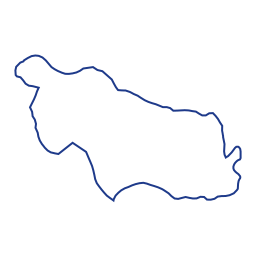 Al Miftah, Hajjah, Yemen (Natural Earth projection)
{"feature_id": "15242507B45600422396945", "entity_name": "Al Miftah", "entity_type": "district", "adm_level": 2, "iso_a3": "YEM", "parent_name": "Yemen", "parent_adm1": "Hajjah", "projection": "natural_earth1", "projection_center": [43.522, 15.962], "detail": "fine", "context": "isolated", "style": "outline", "palette": "blue", "viewbox_px": 256, "rotation_deg": 0, "n_neighbors": 0, "source": "geoboundaries", "source_scale": "gbopen_adm2", "svg_char_len": 2469}
<svg xmlns="http://www.w3.org/2000/svg" viewBox="0 0 256 256"><path d="M170.9,108.7L170.2,108.1L166.7,107.1L162.8,107.1L159.2,105.6L155.7,104.2L152.2,103.2L148.4,101.9L144.7,100.2L141.0,97.9L139.6,97.0L137.7,95.7L133.7,94.0L132.1,93.1L130.0,92.0L125.6,90.5L122.0,90.4L118.1,90.1L117.3,89.1L115.8,87.0L113.8,83.4L111.8,79.5L102.4,71.2L97.4,70.0L93.0,67.1L83.3,68.5L80.0,70.8L76.3,72.5L74.1,73.0L72.6,73.4L71.7,73.5L68.8,73.9L65.2,73.8L61.6,72.6L61.2,72.4L57.9,71.0L56.6,70.3L54.6,69.2L51.5,67.1L49.2,64.4L48.7,63.8L45.8,60.4L42.5,57.5L38.9,55.9L37.5,55.7L35.3,55.5L31.6,56.1L29.6,57.1L27.8,58.0L24.1,60.3L23.4,61.4L20.3,62.6L16.2,66.8L15.4,70.4L15.7,75.0L16.9,76.4L20.5,77.3L23.2,80.4L25.6,83.7L28.9,85.7L30.7,85.9L32.8,86.2L38.7,87.7L37.0,91.4L35.7,95.3L34.0,99.3L30.0,107.3L32.1,111.8L32.5,115.0L32.6,116.2L34.8,119.6L36.0,123.9L35.5,127.8L37.7,132.7L38.4,136.7L39.8,140.5L41.9,144.0L43.2,145.6L44.8,147.7L47.6,150.5L50.8,152.4L52.2,152.7L54.3,153.2L54.6,153.3L58.4,154.0L72.6,142.8L84.8,151.0L86.1,151.9L88.8,158.3L90.4,162.0L92.1,166.1L93.3,170.3L94.3,174.7L95.2,179.2L96.8,183.2L99.1,186.4L101.5,189.5L104.0,192.5L106.8,195.6L110.0,198.0L112.0,199.4L113.1,200.2L113.5,200.5L113.8,199.1L115.6,195.6L118.4,192.7L121.4,190.2L121.8,190.0L124.8,188.3L128.4,187.0L132.2,185.3L135.7,184.1L139.5,183.2L143.3,182.8L146.8,183.6L150.4,184.9L154.1,186.0L154.4,186.1L158.0,187.3L161.9,189.0L163.3,189.8L165.3,191.1L168.6,193.3L171.4,196.1L174.6,198.5L178.2,198.9L182.0,197.9L185.6,197.0L189.5,197.9L193.0,198.5L196.6,198.4L200.5,196.8L204.1,197.0L207.0,199.6L210.7,199.7L214.5,198.8L217.7,196.6L221.4,196.1L225.7,196.0L229.6,195.2L233.8,193.3L237.0,190.0L237.8,188.8L238.1,183.7L238.6,181.0L239.3,179.4L240.1,178.3L240.3,177.2L240.1,176.2L238.4,174.1L236.5,172.7L235.2,171.5L233.9,169.9L233.4,168.3L233.4,166.6L234.0,164.8L234.5,163.8L235.2,162.8L236.5,161.4L237.7,160.4L238.8,159.9L240.0,159.4L240.6,158.0L240.6,155.9L240.6,151.5L240.2,149.0L239.3,147.6L238.4,146.8L237.6,146.7L236.3,146.8L235.0,147.9L233.4,150.1L231.7,152.4L228.0,156.2L226.7,156.9L226.4,157.1L225.8,157.5L224.9,155.4L224.6,154.8L224.1,151.4L224.3,147.8L224.5,144.1L223.8,140.5L223.1,137.1L223.1,136.0L222.8,134.6L222.6,133.2L222.1,130.6L222.2,125.8L220.0,122.5L218.0,119.0L215.6,115.9L212.9,113.1L209.2,113.3L205.8,115.4L202.2,115.4L199.0,113.6L195.9,111.6L192.3,111.1L189.2,110.5L188.4,110.4L184.7,110.2L180.8,110.4L177.0,110.6L173.3,110.7L170.9,108.7Z" fill="none" stroke="#1e3a8a" stroke-width="2"/></svg>